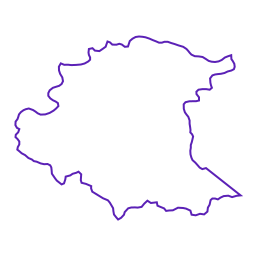 outline of Umburatiba, Minas Gerais, Brazil, rotated 90°
{"feature_id": "56859067B62099334151319", "entity_name": "Umburatiba", "entity_type": "district", "adm_level": 2, "iso_a3": "BRA", "parent_name": "Brazil", "parent_adm1": "Minas Gerais", "projection": "natural_earth1", "projection_center": [-40.673, -17.273], "detail": "fine", "context": "isolated", "style": "outline", "palette": "violet", "viewbox_px": 256, "rotation_deg": 90, "n_neighbors": 0, "source": "geoboundaries", "source_scale": "gbopen_adm2", "svg_char_len": 2795}
<svg xmlns="http://www.w3.org/2000/svg" viewBox="0 0 256 256"><g transform="rotate(90 128 128)"><path d="M195.4,15.4L168.1,50.0L169.1,53.7L167.6,56.3L165.3,58.3L162.6,60.7L160.1,63.5L157.6,64.6L154.4,65.5L150.7,65.7L147.8,65.2L145.0,65.2L142.4,64.3L139.6,63.6L136.5,62.9L134.3,63.9L132.4,65.7L130.0,65.5L126.9,65.9L123.8,66.4L120.5,66.4L116.8,67.7L114.7,69.4L112.3,71.1L108.8,72.2L104.3,72.3L102.2,70.5L101.3,66.7L101.2,62.6L101.2,59.9L100.5,57.0L97.3,57.0L94.1,59.5L91.7,59.6L89.7,57.5L89.1,53.3L89.1,50.0L89.7,46.3L87.8,44.1L85.4,45.0L82.8,45.6L78.4,45.9L75.4,43.6L74.5,41.0L74.1,38.2L73.8,35.1L73.0,31.5L71.5,28.4L70.5,24.6L69.2,22.1L66.8,21.3L63.8,21.7L61.1,23.2L59.1,24.6L55.2,24.8L56.3,28.1L57.5,31.1L60.0,34.3L61.4,37.4L62.0,41.0L61.7,44.4L60.9,47.3L58.9,50.3L57.0,53.4L56.4,57.2L56.2,61.2L54.6,64.6L52.8,66.3L51.0,67.7L49.0,69.5L46.8,72.8L45.4,77.5L44.0,81.5L43.0,84.9L41.8,88.2L41.8,91.6L42.7,94.2L42.7,96.9L41.3,100.1L40.1,103.2L38.6,106.6L37.3,110.5L36.8,113.4L36.5,117.0L37.0,120.4L38.7,123.5L41.0,126.2L43.7,127.1L46.5,128.0L46.8,131.2L44.5,134.2L43.8,136.7L44.7,139.6L44.6,143.7L42.4,146.0L41.5,148.5L44.5,149.6L46.7,150.3L48.8,153.2L51.1,156.6L50.6,161.1L48.2,163.5L49.0,167.1L52.5,167.5L54.9,167.1L57.4,165.9L59.7,165.9L61.5,167.8L63.5,171.4L64.5,175.1L64.9,179.8L65.1,184.7L64.7,188.0L64.8,191.8L63.4,195.2L66.7,197.1L70.4,197.0L73.8,195.9L77.4,193.7L81.2,193.0L84.0,194.4L85.8,196.8L86.7,199.7L87.8,203.1L90.3,206.3L93.1,207.7L95.8,207.7L98.4,205.7L100.3,203.0L101.5,200.4L103.1,198.1L106.1,197.6L108.6,200.0L110.6,202.4L112.9,206.3L114.4,210.7L114.6,215.4L113.3,218.3L111.6,220.5L110.0,223.0L108.5,227.2L109.2,230.2L110.2,232.5L112.1,235.1L114.4,237.0L116.8,237.7L119.1,238.5L121.6,240.4L125.1,240.6L127.8,239.1L129.1,236.7L132.3,237.8L134.7,240.2L137.1,240.5L139.0,238.5L141.5,236.7L144.4,236.7L147.1,238.2L149.6,238.7L151.2,236.7L153.3,234.3L155.1,230.9L158.0,227.6L159.5,224.1L161.1,222.2L161.7,219.3L163.4,215.4L164.2,211.9L164.0,208.5L165.3,205.8L167.4,204.7L170.0,204.4L173.7,204.1L178.4,200.9L180.6,199.2L184.4,194.4L183.4,192.0L179.4,190.7L176.6,190.3L175.4,185.7L173.8,183.4L172.8,179.8L171.7,177.5L174.3,174.8L180.2,175.2L182.8,174.4L183.9,170.0L186.1,164.8L188.4,164.9L191.7,163.7L198.3,152.9L200.3,148.1L202.6,146.2L208.2,142.9L211.2,142.6L214.5,142.0L217.3,139.8L219.5,137.9L217.8,134.9L214.7,132.0L212.1,131.3L208.3,127.8L207.5,124.8L207.4,121.0L207.6,118.3L206.9,114.4L203.6,111.7L200.7,108.6L203.0,105.1L202.3,99.2L205.7,98.5L208.4,91.9L210.9,89.9L210.5,87.0L210.3,83.1L207.7,78.0L208.0,72.9L208.6,70.0L210.6,65.6L214.7,64.4L215.3,60.3L213.8,56.0L214.4,51.9L211.6,48.6L207.6,48.1L204.7,46.4L200.1,45.4L198.5,43.6L198.5,41.0L199.4,38.1L197.6,35.5L196.1,32.3L195.7,27.7L197.1,23.9L195.8,19.4L195.4,15.4Z" fill="none" stroke="#5b21b6" stroke-width="2"/></g></svg>